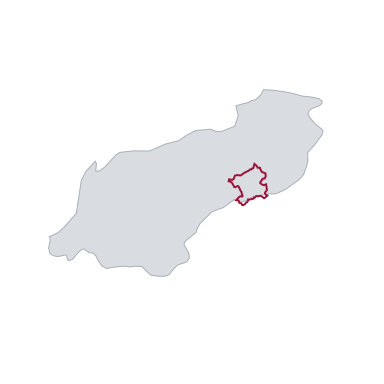 Dibër, Dibër, Albania (highlighted), rotated 68°
{"feature_id": "67620474B73468897065558", "entity_name": "Dibër", "entity_type": "district", "adm_level": 2, "iso_a3": "ALB", "parent_name": "Albania", "parent_adm1": "Dibër", "projection": "mercator", "projection_center": [20.381, 41.713], "detail": "fine", "context": "in_parent", "style": "outline", "palette": "rose", "viewbox_px": 384, "rotation_deg": 68, "n_neighbors": 0, "source": "geoboundaries", "source_scale": "gbopen_adm2", "svg_char_len": 2601}
<svg xmlns="http://www.w3.org/2000/svg" viewBox="0 0 384 384"><g transform="rotate(68 192 192)"><path d="M128.7,119.1L129.0,113.9L130.2,105.7L129.5,102.9L130.2,98.2L127.8,91.9L123.9,87.4L127.7,79.3L133.2,69.6L138.3,61.8L144.4,53.8L148.6,46.0L153.0,39.3L156.8,37.3L158.7,38.7L159.7,41.6L159.5,50.3L160.8,53.2L163.4,55.4L169.0,54.3L175.1,52.2L183.4,47.6L184.9,47.9L187.9,50.3L194.3,60.7L198.6,69.9L207.0,73.1L211.6,76.6L217.6,82.0L220.5,87.5L224.6,104.1L225.1,114.1L223.9,118.7L222.9,119.8L219.2,136.1L220.1,144.4L220.0,149.8L216.9,152.0L214.8,155.4L218.2,168.9L217.8,174.6L217.9,181.2L224.1,196.1L227.7,200.8L230.9,203.0L235.1,216.7L237.5,219.1L247.6,217.8L252.5,219.3L254.4,222.6L254.9,224.8L254.2,232.4L256.7,238.3L260.1,244.4L260.1,248.1L257.8,254.2L253.8,261.2L248.5,263.9L242.6,266.2L239.8,271.7L238.3,277.5L235.7,281.8L234.1,286.6L231.6,296.2L231.0,299.7L227.0,303.2L220.9,304.7L215.4,305.0L211.6,306.6L209.7,309.9L206.2,312.5L204.1,313.7L204.1,316.6L206.7,322.7L209.6,327.7L209.6,331.6L208.2,332.7L203.7,332.2L202.7,333.7L202.2,338.1L201.0,341.9L199.2,344.2L196.0,346.7L190.1,345.9L184.5,342.1L181.6,340.9L180.0,341.1L179.5,331.8L177.1,324.6L168.4,307.2L139.8,290.3L133.1,282.6L130.1,276.2L127.2,270.2L130.0,270.0L132.8,271.5L136.4,273.4L137.8,270.3L136.3,263.7L128.9,248.2L128.3,243.9L131.9,230.9L138.0,216.2L137.6,198.4L139.4,184.9L137.4,176.2L136.4,165.4L140.8,151.1L144.5,147.5L146.9,143.0L147.0,127.7L138.5,120.5L128.7,119.1Z" fill="#d9dde1" stroke="#a8b0b8" stroke-width="1"/><path d="M196.7,120.1L195.0,119.9L194.0,122.1L192.4,122.1L189.4,123.6L192.8,126.2L192.7,127.4L193.3,128.1L192.8,129.8L193.4,131.0L193.9,136.9L194.9,140.6L193.2,143.9L192.9,146.0L195.5,148.5L195.9,150.2L194.8,151.7L194.1,152.7L195.5,153.9L195.9,154.0L197.0,152.4L198.1,151.6L200.3,151.2L203.3,150.9L203.8,150.2L203.5,147.6L204.3,146.7L208.8,146.5L210.7,146.1L211.3,146.4L213.0,146.4L214.7,146.6L215.0,147.4L214.1,148.5L214.1,149.5L214.6,151.0L216.2,154.0L216.9,152.5L217.9,152.0L219.6,152.2L220.4,151.4L221.2,150.5L223.0,150.3L223.4,149.3L223.2,148.0L222.9,147.1L222.0,145.8L222.0,144.6L220.7,142.9L220.0,142.8L220.4,141.9L220.7,140.8L220.9,139.5L221.2,137.5L220.9,136.6L220.4,136.6L220.6,135.4L219.8,133.9L220.1,133.3L220.5,132.9L220.9,131.5L221.1,130.3L221.5,129.5L223.3,128.3L224.7,127.6L224.7,126.9L223.6,123.5L221.6,124.8L219.9,124.6L218.3,121.8L215.2,121.0L212.6,120.5L212.6,122.9L211.0,124.5L209.2,125.4L208.0,124.5L207.5,123.1L206.7,122.5L206.2,121.0L206.7,119.5L205.2,117.9L204.2,117.5L202.3,116.9L201.1,118.1L200.2,119.1L199.2,119.8L196.7,120.1Z" fill="none" stroke="#9f1239" stroke-width="2"/></g></svg>